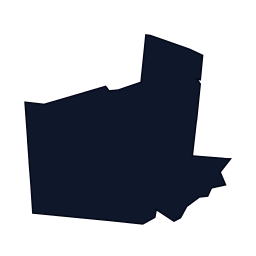 the district of Carroll, Georgia, United States of America, rotated 5°
{"feature_id": "52423323B2096739149856", "entity_name": "Carroll", "entity_type": "district", "adm_level": 2, "iso_a3": "USA", "parent_name": "United States of America", "parent_adm1": "Georgia", "projection": "natural_earth1", "projection_center": [-85.033, 33.619], "detail": "fine", "context": "isolated", "style": "filled", "palette": "ink", "viewbox_px": 256, "rotation_deg": 5, "n_neighbors": 0, "source": "geoboundaries", "source_scale": "gbopen_adm2", "svg_char_len": 651}
<svg xmlns="http://www.w3.org/2000/svg" viewBox="0 0 256 256"><g transform="rotate(5 128 128)"><path d="M23.2,111.3L28.9,146.8L29.3,149.8L32.3,168.5L32.7,171.2L32.7,171.4L36.5,194.3L40.6,221.0L117.9,221.7L151.1,222.3L162.5,214.6L163.2,206.8L167.5,209.0L181.9,216.8L188.1,212.8L193.3,201.0L205.1,190.5L213.3,188.9L216.3,180.4L230.1,176.1L223.6,163.9L232.8,149.8L227.9,150.1L224.5,150.0L202.0,150.2L194.5,150.2L195.3,118.3L195.6,112.8L196.1,77.8L192.4,73.4L195.8,73.6L196.0,49.2L182.7,44.3L142.1,33.9L137.7,33.7L137.5,49.5L137.0,81.3L114.8,91.1L105.8,92.7L102.1,88.5L42.4,111.8L23.2,111.3Z" fill="#0f172a" stroke="#020617" stroke-width="1.5"/></g></svg>